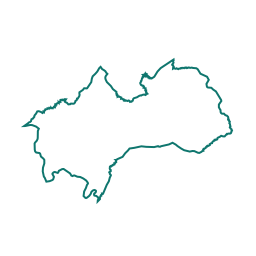 the district of Kut Bak, Sakon Nakhon, Thailand, rotated 348°
{"feature_id": "78962969B73602858262126", "entity_name": "Kut Bak", "entity_type": "district", "adm_level": 2, "iso_a3": "THA", "parent_name": "Thailand", "parent_adm1": "Sakon Nakhon", "projection": "orthographic", "projection_center": [103.812, 17.077], "detail": "fine", "context": "isolated", "style": "outline", "palette": "teal", "viewbox_px": 256, "rotation_deg": 348, "n_neighbors": 0, "source": "geoboundaries", "source_scale": "gbopen_adm2", "svg_char_len": 5712}
<svg xmlns="http://www.w3.org/2000/svg" viewBox="0 0 256 256"><g transform="rotate(348 128 128)"><path d="M83.1,193.5L85.8,191.7L86.0,190.0L86.8,189.4L87.0,188.8L87.7,188.7L87.6,188.2L87.8,187.8L89.0,187.4L89.0,186.7L90.0,187.0L95.4,179.2L98.2,176.1L99.9,172.7L101.4,170.8L101.4,170.3L100.7,169.3L100.8,168.4L100.4,167.5L100.6,167.2L102.1,166.7L102.4,165.5L101.8,164.9L101.7,163.9L102.3,162.0L103.2,161.6L103.7,162.0L104.1,161.5L104.5,161.5L105.1,161.1L105.3,161.4L106.5,160.6L106.6,160.9L107.0,160.9L107.2,160.1L107.5,160.0L107.5,159.7L108.0,159.9L108.5,159.3L109.4,158.9L109.4,158.4L109.0,158.3L109.7,157.1L109.4,156.7L110.3,156.8L110.9,156.3L116.7,155.1L120.0,152.1L123.3,150.0L125.2,148.4L129.9,148.7L137.3,148.7L141.9,150.2L149.6,152.1L153.6,152.0L153.8,152.4L155.4,153.0L156.6,152.7L164.6,152.6L168.5,151.7L171.3,154.2L172.7,156.0L175.8,159.2L178.3,161.4L183.5,163.9L186.3,163.9L188.1,164.4L191.2,166.7L192.6,167.2L194.9,166.6L195.6,166.1L196.7,166.0L196.6,165.8L197.3,165.1L197.1,164.5L197.9,164.0L198.4,164.2L200.0,163.5L200.0,163.1L201.8,161.9L202.0,161.9L202.1,162.2L202.4,161.9L203.0,162.2L204.6,161.6L204.6,160.8L205.8,160.3L207.1,160.3L207.5,159.4L208.4,158.7L209.1,158.7L209.7,158.0L210.4,158.2L210.9,157.9L210.8,157.5L211.5,157.5L212.1,157.9L212.9,157.7L213.4,156.5L214.1,156.1L215.8,155.8L217.5,155.0L219.3,156.0L220.8,156.3L223.4,154.4L223.7,154.7L224.2,154.4L225.5,154.4L226.5,154.7L227.5,154.5L228.3,153.4L228.5,152.5L229.2,152.2L229.0,150.7L228.3,150.0L227.7,148.5L228.0,148.1L228.4,148.1L228.6,147.6L228.4,146.4L228.6,145.5L228.1,144.4L228.6,143.7L228.4,142.9L228.8,142.7L228.3,141.6L228.4,141.3L227.6,140.7L227.7,140.2L228.2,140.1L228.2,137.9L227.3,136.5L225.9,135.7L224.8,133.9L222.9,133.5L222.2,132.8L221.9,131.7L222.2,129.7L221.6,128.1L221.2,126.6L221.8,123.9L224.9,121.0L224.9,119.9L221.6,110.5L219.3,108.1L217.9,106.0L214.6,105.0L214.1,104.6L213.8,103.9L213.9,101.2L217.0,97.7L216.0,94.3L210.2,90.0L208.4,85.0L207.3,83.8L203.8,82.7L203.0,82.2L201.2,82.1L200.1,81.4L198.7,81.7L198.1,81.1L197.4,81.5L196.5,80.7L195.3,81.2L194.6,80.7L193.3,80.4L192.5,80.4L192.5,80.6L192.0,80.4L191.4,80.8L190.4,80.5L189.4,80.9L187.9,79.7L187.1,80.0L186.4,79.8L185.6,78.9L184.4,79.3L184.8,78.0L185.4,77.6L185.1,77.0L185.2,76.1L184.4,75.6L184.4,75.1L186.1,73.6L185.9,71.8L186.7,71.3L186.8,70.5L172.4,76.2L168.6,78.9L164.4,83.3L161.4,84.5L159.3,83.9L159.3,83.4L159.8,83.2L159.3,82.9L159.2,82.3L158.9,82.2L158.4,81.4L158.1,81.9L158.0,81.5L157.6,81.7L157.0,81.5L157.4,81.2L156.5,80.3L157.1,79.8L156.8,79.1L157.2,78.9L156.7,78.5L156.6,78.8L156.0,79.0L156.0,78.5L155.4,79.1L154.1,79.1L154.5,79.5L154.7,80.1L154.4,80.1L154.5,80.4L154.2,80.2L154.1,80.8L153.4,80.7L153.3,81.3L152.7,81.4L152.6,82.1L152.0,82.4L151.0,84.6L150.4,84.8L150.3,85.5L149.3,86.5L149.3,87.0L149.6,88.5L150.3,88.8L150.7,89.6L151.9,89.9L152.1,90.6L151.9,90.9L152.3,91.2L152.4,91.7L152.1,91.9L152.4,92.0L152.4,92.5L153.4,92.9L153.2,93.2L152.9,93.1L153.2,93.8L153.0,94.3L153.4,94.7L152.9,95.0L153.3,95.5L153.0,96.1L153.1,96.9L153.5,96.9L153.7,98.1L154.3,98.3L154.7,98.1L154.3,98.6L152.9,98.2L152.4,99.2L151.9,99.4L150.8,98.6L148.9,98.6L147.6,99.0L147.0,98.7L145.6,98.9L143.2,99.8L140.0,100.1L139.2,100.6L138.3,102.3L137.6,102.4L137.0,103.0L136.2,103.0L135.7,102.5L135.3,102.7L134.8,101.5L134.3,101.2L133.1,101.5L132.3,100.9L131.5,100.9L131.3,100.4L129.9,100.6L129.6,100.3L129.8,100.0L129.8,99.4L130.0,99.4L129.8,99.0L128.4,98.5L128.0,97.7L127.4,97.8L127.6,97.3L127.3,96.8L127.5,96.6L126.4,95.8L125.8,95.7L125.5,95.0L124.7,95.2L124.8,95.0L124.4,94.9L124.5,94.6L123.9,94.0L123.8,93.6L124.1,93.5L124.2,93.2L124.5,93.0L124.2,92.2L123.9,92.4L123.7,92.0L124.2,90.3L121.3,86.8L120.0,83.4L116.9,78.7L116.2,75.9L116.2,74.3L116.6,73.2L117.4,72.2L119.1,70.8L118.2,69.4L117.7,67.8L116.2,66.1L115.0,65.1L113.9,62.5L112.3,63.5L109.7,66.4L107.3,68.2L104.2,70.1L102.9,72.2L101.6,75.5L96.3,80.6L95.9,80.7L93.4,80.0L91.7,81.4L87.9,83.0L87.5,84.6L87.6,85.4L86.9,86.8L84.8,88.9L84.2,88.7L83.5,90.2L82.2,90.6L81.5,92.0L80.5,92.8L79.6,92.9L77.4,92.3L76.8,92.3L76.5,92.7L74.6,92.5L73.4,90.5L72.0,89.6L71.6,88.9L71.8,88.2L72.2,88.1L72.9,87.4L72.5,87.4L72.6,87.0L72.1,87.1L71.8,86.8L71.5,87.2L71.4,86.9L70.0,87.3L69.6,86.9L69.6,86.6L68.2,86.5L68.3,86.8L67.8,86.9L67.5,87.3L67.4,88.4L66.6,88.2L66.4,88.6L65.8,88.4L65.6,89.0L65.4,88.6L65.3,89.2L64.3,89.0L63.3,89.3L63.0,90.0L62.6,89.7L61.9,89.7L61.9,90.2L61.7,90.0L61.2,91.0L61.3,91.1L61.0,91.4L60.9,92.0L60.7,91.8L60.3,91.8L60.2,92.2L59.9,92.0L59.7,92.4L58.2,92.7L58.2,93.0L57.5,92.8L57.2,92.4L56.8,92.5L56.7,92.1L56.5,92.4L55.8,92.0L55.1,92.0L54.9,92.3L54.8,92.1L54.4,92.5L53.6,92.1L53.6,92.4L52.4,92.8L51.1,92.5L50.6,93.4L50.1,93.4L49.5,94.3L49.2,94.3L49.1,94.9L48.6,94.4L48.3,95.2L47.5,95.6L46.3,94.3L44.7,93.3L44.1,93.0L42.7,92.9L41.0,94.9L39.5,96.0L38.8,96.9L38.7,97.6L37.6,98.3L37.3,98.9L35.4,99.4L34.5,101.2L33.4,101.8L32.1,102.0L31.2,102.6L26.8,104.5L27.9,104.7L32.9,104.7L34.8,105.2L38.4,107.5L40.6,110.1L39.2,112.2L37.7,118.7L37.3,119.9L36.2,121.4L34.0,123.0L33.4,123.8L32.3,129.8L32.3,131.6L33.1,132.9L36.2,134.1L36.7,134.8L36.9,137.8L38.9,140.4L39.5,141.8L38.8,145.2L36.6,149.1L35.6,152.7L35.6,158.0L36.2,159.3L37.0,163.5L40.3,163.7L43.1,163.2L44.1,162.7L45.4,160.4L44.5,157.3L44.7,156.8L46.0,155.9L47.3,155.8L49.9,157.3L50.4,157.1L51.5,155.5L55.1,154.5L56.5,154.7L61.9,160.4L62.7,162.8L63.8,163.5L64.7,163.2L65.8,163.3L68.3,165.1L71.1,166.0L73.8,168.1L76.2,170.7L77.3,173.1L77.3,174.0L76.0,175.2L74.4,177.9L71.9,181.0L70.4,185.3L71.8,187.5L72.4,187.8L73.4,187.6L76.0,186.3L77.8,184.7L79.0,182.8L80.7,181.8L82.1,181.6L83.2,182.2L83.6,182.9L83.3,183.8L82.6,184.5L81.3,185.1L80.9,186.3L81.1,187.1L82.9,187.9L84.2,189.5L84.4,191.4L83.5,192.2L83.1,193.5Z" fill="none" stroke="#0f766e" stroke-width="2"/></g></svg>